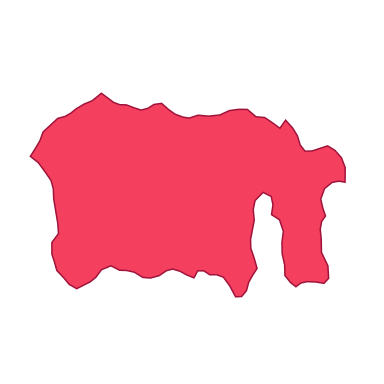 outline of Passabém, Minas Gerais, Brazil, rotated 172°
{"feature_id": "56859067B62293805835790", "entity_name": "Passabém", "entity_type": "district", "adm_level": 2, "iso_a3": "BRA", "parent_name": "Brazil", "parent_adm1": "Minas Gerais", "projection": "equal_earth", "projection_center": [-43.184, -19.36], "detail": "fine", "context": "isolated", "style": "filled", "palette": "rose", "viewbox_px": 384, "rotation_deg": 172, "n_neighbors": 0, "source": "geoboundaries", "source_scale": "gbopen_adm2", "svg_char_len": 1641}
<svg xmlns="http://www.w3.org/2000/svg" viewBox="0 0 384 384"><g transform="rotate(172 192 192)"><path d="M274.6,124.6L267.4,123.3L260.3,120.6L252.5,114.2L245.0,112.6L236.2,113.7L228.3,117.6L221.9,118.4L215.0,115.2L208.6,110.5L202.0,106.7L197.3,113.1L191.3,112.3L185.8,107.5L179.2,106.7L172.8,103.3L167.7,93.8L163.4,82.1L157.4,81.6L151.8,86.7L148.4,94.7L143.8,100.8L138.2,107.2L139.6,117.6L141.6,128.1L140.6,136.9L137.6,145.7L134.3,155.3L133.8,166.2L130.7,174.8L121.7,181.7L114.2,176.6L113.6,168.1L116.4,158.5L109.2,152.3L107.0,140.3L110.0,129.4L111.3,118.1L110.4,107.0L111.6,96.3L107.0,88.6L102.3,83.7L96.9,86.7L90.5,87.2L82.1,85.7L74.0,83.2L68.7,87.5L67.7,100.0L72.2,114.2L70.6,127.2L70.2,137.2L67.7,144.8L63.1,149.7L64.7,157.7L65.5,167.0L60.3,176.9L51.9,182.0L45.0,182.3L39.1,180.4L36.9,194.9L39.2,205.0L44.7,213.4L51.3,218.8L60.3,217.2L67.5,215.9L74.4,216.7L78.3,223.4L79.8,233.0L83.4,241.3L89.3,250.1L96.1,242.9L103.5,250.1L109.6,255.6L118.2,257.6L125.7,266.1L134.7,267.4L143.7,267.4L153.7,264.4L165.1,264.8L175.2,267.2L184.5,265.6L190.5,267.4L197.9,271.4L203.6,276.8L209.8,284.0L217.5,284.0L224.1,281.0L230.9,280.2L237.8,283.5L244.8,287.4L251.4,288.5L257.1,291.6L261.7,296.2L268.0,302.4L278.3,296.2L286.6,294.1L294.7,290.7L301.2,286.9L307.2,284.5L314.7,283.6L323.3,277.6L331.1,272.2L335.5,263.9L341.8,256.0L347.1,249.8L340.0,242.3L334.3,231.7L330.0,222.9L328.9,214.6L329.9,204.6L329.6,191.1L329.3,179.9L330.0,169.4L337.8,161.5L339.4,149.9L338.0,142.2L336.8,133.1L330.9,124.8L326.5,117.6L319.6,112.3L311.3,115.2L305.4,117.1L299.1,120.9L292.5,127.6L282.6,130.2L274.6,124.6Z" fill="#f43f5e" stroke="#9f1239" stroke-width="1.5"/></g></svg>